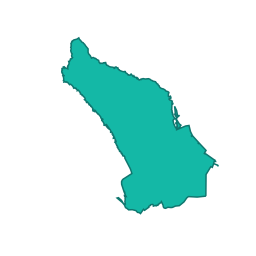 the district of NCR, Fourth District, Paranaque, Philippines, rotated 139°
{"feature_id": "2640588B20861121251971", "entity_name": "NCR, Fourth District", "entity_type": "district", "adm_level": 2, "iso_a3": "PHL", "parent_name": "Philippines", "parent_adm1": "Paranaque", "projection": "robinson", "projection_center": [120.995, 14.466], "detail": "fine", "context": "isolated", "style": "filled", "palette": "teal", "viewbox_px": 256, "rotation_deg": 139, "n_neighbors": 0, "source": "geoboundaries", "source_scale": "gbopen_adm2", "svg_char_len": 5814}
<svg xmlns="http://www.w3.org/2000/svg" viewBox="0 0 256 256"><g transform="rotate(139 128 128)"><path d="M113.3,230.2L113.3,229.8L114.5,229.7L114.7,229.3L115.9,229.0L116.0,228.3L116.8,227.7L116.9,227.1L118.3,226.5L118.6,225.4L120.6,223.8L121.5,221.6L121.5,220.6L122.9,219.8L123.7,218.6L123.6,217.6L125.2,217.3L125.8,217.8L126.4,217.8L127.0,217.1L128.4,216.7L129.1,217.2L129.8,215.6L131.6,214.5L132.3,214.6L132.7,214.0L133.3,214.0L134.6,212.2L135.8,214.4L135.9,215.4L136.4,215.0L136.3,216.3L136.8,216.5L137.0,215.9L138.0,215.6L138.5,216.2L138.8,216.2L139.4,215.6L139.6,214.7L140.5,214.6L141.2,213.7L141.6,213.0L141.3,212.6L141.7,212.2L142.0,211.1L142.1,210.3L141.9,209.5L142.7,209.2L142.7,210.1L142.9,210.2L143.2,209.0L144.5,206.9L145.7,206.1L145.4,205.2L146.2,204.7L145.2,204.1L144.8,203.3L144.5,203.5L144.1,203.2L143.8,202.1L143.6,202.0L143.7,199.0L142.6,198.7L142.3,197.3L142.3,195.0L142.8,194.1L142.8,193.5L141.8,193.2L141.7,192.6L141.2,192.2L141.5,191.4L141.3,191.2L141.5,190.1L142.2,190.0L140.7,190.0L141.9,189.6L140.6,189.5L141.1,189.3L140.7,189.2L140.7,188.0L140.9,187.0L140.7,186.8L141.0,185.5L141.6,185.0L140.8,183.1L141.3,182.6L140.9,182.0L140.8,179.2L141.2,178.0L141.8,177.9L141.8,177.6L142.3,177.8L142.3,177.7L141.8,177.5L141.9,176.1L142.4,175.0L142.8,175.2L142.3,174.7L142.5,174.4L142.3,174.1L141.6,174.2L141.6,171.6L142.0,171.5L142.1,170.7L141.6,170.5L141.5,169.6L141.9,168.7L141.5,168.4L141.8,165.7L142.9,164.7L143.0,164.2L142.5,164.0L143.0,163.6L142.7,163.4L142.6,162.6L142.5,162.3L142.3,162.2L142.5,163.3L141.7,163.2L141.7,162.8L141.3,162.8L141.3,162.2L141.8,162.2L141.9,161.8L141.4,161.6L141.6,158.6L141.3,158.6L141.2,157.6L141.3,154.4L141.9,153.4L141.7,152.4L142.0,151.9L141.2,151.5L141.3,151.2L142.2,151.8L142.8,151.0L142.8,150.5L142.5,150.5L143.2,147.1L144.3,145.8L144.1,145.5L143.0,145.2L143.3,141.6L143.1,140.3L142.8,140.7L142.4,144.7L142.0,144.7L142.6,139.2L142.5,138.4L143.2,136.4L143.7,136.5L143.9,136.2L143.1,135.8L143.0,135.3L143.4,133.8L143.8,133.8L143.6,133.3L143.8,132.3L144.2,132.2L144.0,131.7L144.2,130.9L144.9,130.6L144.5,129.9L145.4,129.7L144.9,129.4L145.2,129.1L144.9,128.8L145.2,127.3L146.2,126.7L145.6,126.0L145.8,125.6L146.3,125.4L147.2,125.6L147.1,124.8L147.9,122.3L147.7,122.0L148.2,120.5L148.5,120.7L148.7,120.4L148.4,120.0L149.0,119.0L149.0,117.3L149.6,116.1L149.5,115.4L149.1,115.4L149.2,114.1L149.7,113.4L149.7,112.6L149.4,112.5L149.7,112.2L149.6,111.4L150.2,110.6L150.0,110.0L149.3,109.5L149.4,108.2L150.2,107.2L153.0,95.7L154.1,92.9L155.0,91.1L165.2,92.6L166.7,92.4L168.1,91.7L169.8,89.6L172.8,82.5L172.4,82.3L172.9,81.2L173.2,81.3L174.0,79.0L174.9,79.5L175.3,78.8L174.3,78.2L174.4,77.5L174.8,77.9L176.1,77.2L176.8,76.1L178.6,74.5L179.9,72.4L181.1,73.7L180.4,77.6L180.9,81.7L182.2,82.3L181.1,75.3L181.2,72.2L182.1,69.5L181.6,68.2L181.2,65.8L178.3,63.5L176.2,60.4L176.2,58.1L175.0,56.7L174.7,55.2L169.6,56.5L169.5,55.0L164.2,54.5L164.0,55.0L163.5,55.2L162.0,54.9L161.3,55.3L159.4,54.1L159.5,53.3L160.1,52.4L158.4,51.7L157.9,50.8L157.4,51.1L156.3,50.1L155.6,50.4L155.4,49.6L155.3,50.1L154.0,50.5L152.5,50.1L151.1,50.5L152.2,46.7L153.1,45.3L153.2,43.9L152.3,42.7L149.9,42.0L147.7,39.7L146.5,38.9L143.5,38.0L140.2,35.7L134.2,35.5L129.5,36.7L127.4,36.6L121.1,30.5L114.4,25.8L113.5,26.0L99.6,41.7L90.8,44.5L90.2,43.0L86.7,44.9L84.8,41.1L85.1,39.9L84.8,40.4L84.7,41.1L86.7,45.0L83.8,46.8L83.7,45.6L83.9,45.3L84.3,44.9L84.0,45.0L83.7,45.6L83.8,46.8L83.0,47.3L83.7,47.0L83.8,47.3L86.4,58.0L86.3,57.4L86.7,57.7L87.1,58.7L85.3,59.5L85.2,59.2L84.7,58.9L85.1,59.5L83.8,59.9L84.2,70.2L85.0,70.1L85.0,70.5L84.2,70.6L84.4,79.9L85.3,79.9L85.3,80.3L84.3,80.2L83.2,84.3L80.3,89.9L83.2,91.7L92.5,94.8L91.8,95.7L91.8,97.4L90.8,101.1L89.0,104.3L87.1,104.5L85.8,103.5L86.3,102.7L87.1,100.2L87.4,100.2L87.4,100.6L88.6,100.4L88.6,100.0L87.6,100.2L88.0,99.3L88.6,99.4L88.2,99.0L89.1,98.1L89.0,97.7L89.6,96.9L90.0,97.2L90.7,96.6L90.7,95.7L91.2,95.5L90.7,95.0L89.1,94.6L88.7,94.2L87.1,95.3L86.2,95.4L86.6,97.4L85.7,103.2L83.5,103.7L81.4,103.7L81.4,104.0L82.3,104.0L82.3,105.2L79.9,109.2L78.6,113.8L80.6,110.9L80.8,110.2L81.3,110.1L81.8,109.1L83.3,107.6L83.7,107.7L83.8,107.2L83.6,107.6L83.1,107.3L83.4,106.7L83.9,107.0L84.0,106.7L83.5,106.5L83.5,106.1L83.8,105.9L84.0,106.6L84.1,105.8L83.4,105.3L84.2,105.6L84.2,105.2L84.3,104.9L84.0,104.4L84.2,104.1L85.4,103.6L86.8,104.6L86.4,104.8L86.0,107.7L85.2,108.7L85.3,109.1L85.0,109.1L84.6,110.7L84.3,110.7L83.9,111.7L83.5,111.9L83.1,113.3L82.8,113.3L79.7,116.7L78.4,116.7L77.9,117.2L78.0,117.8L78.4,116.9L79.0,117.1L78.7,117.8L77.0,119.2L77.3,119.5L77.4,120.7L78.1,121.7L78.2,122.6L77.5,123.2L76.3,122.3L75.5,123.0L75.1,124.2L76.5,124.7L76.7,125.5L75.0,127.4L74.0,127.7L73.8,128.4L74.1,129.4L75.1,131.0L75.1,132.6L75.7,134.3L76.8,135.9L77.3,137.4L77.2,138.7L76.8,139.5L77.0,140.5L76.7,141.6L77.1,142.5L76.9,144.9L78.5,147.2L78.7,148.1L79.3,149.2L79.4,150.3L80.1,151.7L82.9,153.7L84.2,155.4L85.5,155.9L85.8,156.3L86.5,156.0L86.9,156.6L88.0,156.8L88.5,158.2L87.9,158.7L88.0,159.5L88.6,159.2L89.0,159.6L88.4,160.6L89.6,161.9L89.3,163.6L89.9,163.5L90.0,163.0L90.4,163.5L90.2,166.6L90.8,166.8L91.8,166.5L92.6,167.1L92.6,167.8L93.1,168.0L93.0,169.7L93.5,171.3L93.0,172.4L93.3,172.8L94.0,172.9L95.4,174.7L96.6,177.2L96.4,177.8L96.8,178.5L96.2,180.1L96.7,180.3L96.9,181.8L97.7,182.4L98.4,182.3L98.9,181.8L99.3,182.1L99.0,182.6L99.4,183.6L101.2,185.6L102.2,187.5L102.2,188.6L102.9,189.3L102.5,190.8L102.7,191.5L102.1,191.6L101.9,192.1L103.9,193.4L104.6,193.2L105.4,194.2L106.1,194.5L106.2,195.0L106.7,195.1L106.7,196.5L105.8,198.3L106.7,200.4L106.7,201.4L107.0,202.1L107.5,202.3L107.7,203.6L108.2,204.2L109.7,204.7L109.0,207.5L109.1,209.4L108.5,211.3L106.2,213.9L106.1,217.7L105.8,219.7L106.0,220.9L105.9,221.8L106.5,223.2L106.3,225.5L106.6,226.5L106.0,228.3L108.3,228.6L111.1,230.0L113.3,230.2Z" fill="#14b8a6" stroke="#0f766e" stroke-width="1.5"/></g></svg>